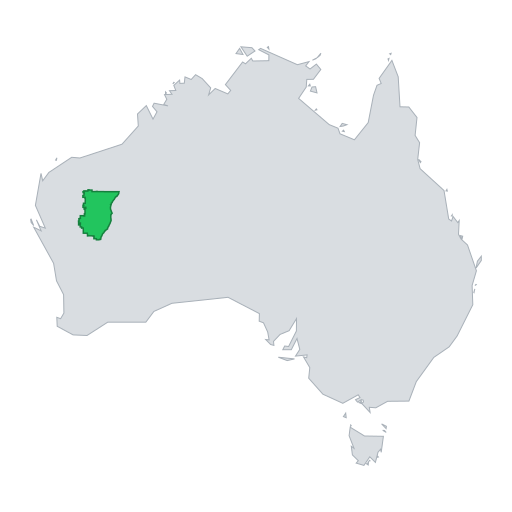 location of Meekatharra, Western Australia, Australia
{"feature_id": "25037944B5193502600366", "entity_name": "Meekatharra", "entity_type": "district", "adm_level": 2, "iso_a3": "AUS", "parent_name": "Australia", "parent_adm1": "Western Australia", "projection": "albers", "projection_center": [119.195, -25.303], "detail": "fine", "context": "in_parent", "style": "filled", "palette": "green", "viewbox_px": 512, "rotation_deg": 0, "n_neighbors": 0, "source": "geoboundaries", "source_scale": "gbopen_adm2", "svg_char_len": 8365}
<svg xmlns="http://www.w3.org/2000/svg" viewBox="0 0 512 512"><path d="M398.2,76.8L400.0,106.8L408.8,107.0L417.0,117.5L415.1,135.4L419.6,142.7L417.7,159.4L420.1,168.7L444.0,190.5L448.7,219.0L451.5,221.0L453.1,216.5L457.8,222.6L459.2,220.5L458.5,234.3L461.0,239.0L467.5,245.0L476.4,270.8L472.1,285.5L472.8,304.7L457.1,336.0L449.2,346.8L433.8,357.4L416.3,381.6L408.9,401.1L387.6,401.3L375.8,407.8L369.3,407.3L370.1,412.5L361.7,403.4L363.5,402.0L363.2,400.1L361.4,399.6L357.5,402.1L355.5,399.7L360.0,397.6L358.2,394.8L342.8,403.3L322.9,394.2L308.7,378.2L309.8,367.6L303.5,356.9L306.7,357.7L307.1,354.9L295.5,356.1L299.8,349.4L297.0,338.5L291.3,349.7L282.8,349.7L284.7,346.0L288.6,346.5L296.4,331.0L296.5,318.6L289.1,330.7L280.1,334.4L273.5,341.4L273.9,345.4L270.6,344.5L265.7,339.5L269.1,339.9L267.7,332.0L263.5,322.8L259.2,321.2L259.4,313.6L228.0,297.3L171.9,303.3L153.9,311.4L145.8,322.2L107.7,322.2L87.0,335.5L73.1,334.9L57.2,326.3L56.8,317.3L60.6,318.7L63.9,313.1L63.6,294.6L56.5,280.8L53.6,263.3L33.7,227.2L41.2,230.9L36.4,219.8L39.7,226.3L45.3,228.1L35.4,205.4L41.0,173.4L42.7,180.8L48.9,172.4L71.7,157.3L79.9,158.0L122.0,144.2L138.3,126.0L137.5,114.0L146.3,105.6L153.0,119.1L157.0,111.8L152.5,106.4L154.1,103.2L168.0,105.9L163.7,104.5L166.8,99.3L164.5,94.6L172.0,94.3L169.5,90.7L175.8,90.5L173.8,85.4L179.6,80.1L179.9,83.4L184.3,83.2L185.0,76.9L191.2,79.5L195.6,74.7L202.2,78.6L210.7,87.9L208.6,94.9L215.2,88.5L227.8,93.9L230.7,90.4L225.4,84.6L242.6,62.0L245.5,63.8L251.3,58.3L252.8,61.0L268.8,60.7L268.9,54.9L258.7,49.7L260.6,48.4L297.4,64.7L309.0,61.6L305.7,65.9L310.0,69.0L316.4,64.1L320.8,69.5L313.4,79.3L306.8,79.4L306.2,87.1L298.6,98.4L329.2,124.6L338.0,128.2L340.0,133.8L354.4,139.8L368.2,122.6L373.5,95.3L377.0,85.3L381.2,83.5L379.1,78.4L391.9,60.4L398.2,76.8ZM350.2,427.2L364.5,436.0L383.4,436.3L381.2,452.3L380.6,449.2L378.0,452.2L375.4,462.4L369.8,456.8L363.9,465.4L356.2,463.1L358.3,460.7L352.4,454.9L351.3,446.3L354.0,448.3L349.1,435.7L350.2,427.2ZM240.9,46.8L251.9,47.7L255.0,51.0L247.2,56.2L240.9,46.8ZM278.3,357.2L294.5,358.9L287.2,360.6L278.3,357.2ZM315.6,86.7L317.0,92.9L310.4,91.1L312.0,87.0L315.6,86.7ZM476.1,268.0L477.4,261.2L481.3,256.2L481.3,260.5L476.1,268.0ZM381.6,423.9L386.4,426.3L386.1,428.6L381.6,423.9ZM239.6,48.4L243.0,54.5L236.0,53.6L239.6,48.4ZM346.2,417.7L343.4,416.6L345.7,413.1L346.2,417.7ZM346.9,124.7L343.4,126.0L340.1,126.5L342.2,123.4L346.9,124.7ZM33.7,225.6L31.1,222.4L30.7,219.3L31.1,219.1L33.7,225.6ZM384.5,430.5L386.2,432.4L382.7,430.3L384.5,430.5ZM460.4,235.6L462.7,236.2L462.0,239.2L460.4,235.6ZM418.6,159.3L421.0,161.7L420.3,162.6L418.6,159.3ZM368.5,462.4L368.2,465.0L366.5,463.8L368.5,462.4ZM474.8,288.9L474.0,292.7L473.8,292.5L474.8,288.9ZM268.9,49.1L267.3,47.3L268.5,46.6L268.9,49.1ZM320.1,55.3L317.0,57.9L320.9,53.2L320.1,55.3ZM476.3,284.6L474.9,285.5L476.0,284.4L476.3,284.6ZM316.9,109.8L315.3,110.2L316.3,108.9L316.9,109.8ZM310.3,85.9L308.4,85.9L309.8,84.2L310.3,85.9ZM56.9,157.8L56.4,160.3L55.6,160.1L56.9,157.8ZM389.0,58.4L388.5,60.4L388.0,58.9L389.0,58.4ZM361.2,400.6L361.4,401.9L360.9,401.4L361.2,400.6ZM316.2,58.6L312.4,60.2L316.4,58.1L316.2,58.6ZM174.2,82.5L172.8,83.9L173.8,82.3L174.2,82.5ZM370.0,460.8L368.9,461.1L369.6,460.3L370.0,460.8ZM344.3,131.6L342.4,131.2L343.6,130.2L344.3,131.6ZM166.5,93.0L165.5,93.7L165.5,91.9L166.5,93.0ZM378.4,457.0L376.9,457.4L377.6,456.1L378.4,457.0ZM391.1,53.3L390.7,54.6L389.7,53.8L391.1,53.3ZM360.2,402.1L361.3,403.5L359.1,402.7L360.2,402.1ZM447.3,191.1L446.0,190.9L446.9,189.4L447.3,191.1ZM452.1,216.0L451.4,215.9L452.2,214.8L452.1,216.0ZM351.2,425.4L350.7,426.3L350.6,425.0L351.2,425.4Z" fill="#d9dde1" stroke="#a8b0b8" stroke-width="1"/><path d="M82.9,196.1L82.9,197.3L83.4,197.3L83.9,197.3L84.8,197.3L85.0,197.3L85.0,198.3L85.3,198.3L85.3,198.6L85.3,199.0L85.3,199.5L85.2,202.4L85.2,203.3L83.5,203.3L83.5,205.1L83.6,205.3L83.0,205.3L83.0,206.5L83.0,207.3L84.9,207.3L84.9,207.5L85.8,207.4L85.8,208.4L84.1,208.4L84.2,209.3L85.0,209.3L85.0,213.8L84.4,213.8L84.4,214.5L84.6,214.5L84.6,216.0L83.7,216.0L83.7,215.7L83.4,215.7L83.2,215.7L82.9,215.7L82.6,215.7L82.3,215.7L82.0,215.7L81.7,215.7L81.2,215.7L80.8,215.7L80.5,215.7L80.3,215.7L80.3,217.2L80.3,217.5L80.4,218.4L80.1,218.4L79.9,218.4L79.7,218.4L79.5,218.7L79.2,218.7L78.9,218.7L78.9,219.1L79.0,219.2L79.0,219.9L79.0,220.0L79.0,220.3L79.0,221.1L78.5,221.1L78.6,223.0L78.8,223.0L80.4,223.0L80.4,223.9L79.4,223.9L78.6,223.9L78.6,224.9L79.0,224.9L79.3,224.9L79.8,224.7L80.2,224.7L80.2,226.9L81.1,226.9L81.6,226.9L81.6,227.5L81.6,228.1L82.4,228.0L82.5,228.0L83.2,228.0L83.3,230.2L83.3,231.3L83.3,232.2L83.3,232.9L83.3,233.2L84.0,233.2L84.9,233.2L85.4,233.2L86.4,233.2L86.6,233.2L87.2,233.2L87.2,233.3L87.2,233.5L87.3,233.7L87.3,233.8L87.4,234.1L87.5,234.2L87.5,235.9L87.8,235.9L88.8,235.8L89.2,235.8L89.3,235.8L89.9,235.8L90.0,235.8L91.2,235.8L93.2,235.9L93.2,236.1L94.1,236.1L94.1,236.9L94.1,237.6L93.9,237.6L93.9,238.7L94.5,238.7L95.4,238.7L95.9,238.7L96.4,238.7L96.4,239.8L96.7,239.8L96.9,239.8L97.2,239.8L97.5,239.8L97.8,239.8L98.8,239.8L98.9,239.6L99.7,239.6L99.7,239.3L100.7,239.3L100.8,238.8L100.8,238.4L100.9,238.1L100.9,237.7L101.1,237.2L101.2,236.7L101.4,236.4L101.6,236.1L101.8,236.0L101.9,235.7L102.0,235.4L102.1,235.1L102.3,234.6L102.4,234.2L102.5,234.0L102.7,233.8L102.9,233.5L103.1,233.3L103.2,233.2L103.4,233.1L103.6,233.0L103.8,232.7L104.0,232.4L104.1,232.2L104.2,231.9L104.3,231.7L104.5,231.5L104.8,231.2L105.0,231.0L105.1,230.8L105.1,230.6L105.3,230.6L105.4,230.3L105.7,230.2L106.2,229.9L106.4,229.7L106.6,229.6L106.8,229.4L107.0,229.3L107.1,229.2L107.3,229.1L107.6,228.9L107.6,228.2L107.7,227.9L107.8,227.7L108.0,227.3L108.1,227.0L108.3,226.7L108.5,226.5L108.5,226.3L108.6,226.1L108.8,226.0L108.8,225.9L108.9,225.7L109.0,225.3L109.1,225.2L109.3,224.8L109.3,224.7L109.5,224.2L109.9,223.8L110.1,223.2L110.2,222.8L110.4,222.4L110.5,222.0L110.7,221.6L110.8,221.2L111.0,220.9L111.1,220.4L111.1,220.1L111.0,219.3L111.0,219.2L111.0,218.9L110.9,218.8L110.9,218.3L110.9,218.2L110.8,217.9L110.8,217.6L110.8,216.4L110.8,215.4L110.9,215.0L110.9,214.9L111.0,214.9L111.1,214.5L111.3,214.2L111.4,213.9L111.6,213.8L111.7,213.7L111.8,213.6L112.0,213.5L112.1,213.4L112.1,213.1L112.0,212.9L111.8,212.5L111.7,212.2L111.4,211.5L111.3,211.3L111.2,211.0L111.1,210.7L111.0,210.3L111.0,210.2L110.9,210.0L110.7,209.7L110.5,209.2L110.5,208.1L110.5,207.7L110.4,207.4L110.5,207.0L110.5,206.9L110.6,206.5L110.7,206.2L110.8,205.5L110.9,205.4L110.8,205.2L110.8,204.9L110.6,204.7L110.8,204.5L110.9,204.4L111.2,204.3L111.2,204.2L111.3,203.8L111.4,203.3L111.4,203.2L111.5,203.2L111.7,202.9L111.9,202.8L112.0,202.7L112.3,202.2L112.4,201.7L112.5,201.5L112.6,201.4L112.9,201.0L113.0,200.8L113.2,200.6L113.3,200.4L113.6,200.0L113.8,199.8L113.9,199.6L114.1,199.5L114.3,199.2L114.5,198.9L114.7,198.5L114.9,198.1L115.1,197.8L115.2,197.5L115.4,197.3L115.5,197.0L115.7,196.8L115.8,196.8L116.0,196.8L116.3,196.7L116.5,196.5L116.9,196.3L116.9,196.2L117.0,196.2L117.1,195.9L117.4,195.5L117.6,195.3L117.9,194.9L118.3,194.3L118.6,193.8L118.7,193.6L118.8,193.0L118.8,192.9L118.8,192.5L118.9,192.1L119.0,191.7L118.6,191.7L118.3,191.7L118.0,191.7L117.7,191.7L117.4,191.7L117.0,191.7L116.9,191.7L116.5,191.7L116.2,191.7L115.8,191.7L115.5,191.7L115.3,191.7L115.0,191.7L114.6,191.7L114.2,191.7L113.8,191.7L113.4,191.7L113.1,191.7L112.7,191.7L112.4,191.7L112.1,191.7L111.7,191.7L111.4,191.7L111.0,191.7L110.7,191.7L110.2,191.7L109.8,191.7L109.5,191.7L109.2,191.7L108.8,191.7L108.5,191.7L108.1,191.7L107.8,191.7L107.4,191.7L107.0,191.7L106.7,191.7L106.3,191.7L105.9,191.7L105.4,191.7L104.9,191.7L104.7,191.7L104.4,191.7L104.2,191.7L103.9,191.6L103.4,191.6L103.1,191.6L102.8,191.6L102.5,191.6L102.3,191.6L102.0,191.6L101.7,191.6L101.4,191.6L101.2,191.6L100.9,191.6L100.5,191.6L100.0,191.6L99.5,191.6L99.0,191.6L98.6,191.6L98.2,191.6L97.7,191.6L97.2,191.6L97.2,191.4L96.8,191.4L96.5,191.4L96.5,191.6L96.2,191.6L95.9,191.6L95.7,191.6L95.4,191.6L95.1,191.6L94.8,191.6L94.5,191.6L94.3,191.6L94.0,191.6L93.7,191.6L93.4,191.6L93.2,191.6L92.9,191.6L92.6,191.6L92.3,191.6L92.0,191.6L92.0,190.1L91.1,190.1L89.8,190.1L89.0,190.1L89.0,189.8L88.6,189.8L88.0,189.8L88.0,190.9L87.0,190.9L87.0,191.1L86.8,191.1L85.3,191.1L85.3,190.9L84.4,190.9L83.9,190.9L83.9,191.7L83.0,191.7L83.0,192.3L83.3,192.9L84.2,192.9L84.2,193.9L84.0,194.5L83.9,194.7L83.9,195.0L83.9,195.4L83.5,195.4L83.1,195.5L82.9,195.5L82.9,196.1Z" fill="#22c55e" stroke="#15803d" stroke-width="1.5"/></svg>